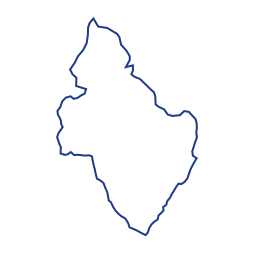 Avelinópolis, Goiás, Brazil, rotated 8°
{"feature_id": "56859067B50448120203224", "entity_name": "Avelinópolis", "entity_type": "district", "adm_level": 2, "iso_a3": "BRA", "parent_name": "Brazil", "parent_adm1": "Goiás", "projection": "natural_earth1", "projection_center": [-49.768, -16.489], "detail": "fine", "context": "isolated", "style": "outline", "palette": "blue", "viewbox_px": 256, "rotation_deg": 8, "n_neighbors": 0, "source": "geoboundaries", "source_scale": "gbopen_adm2", "svg_char_len": 1596}
<svg xmlns="http://www.w3.org/2000/svg" viewBox="0 0 256 256"><g transform="rotate(8 128 128)"><path d="M64.7,162.6L69.0,163.4L71.9,162.5L74.7,159.8L78.4,162.3L81.4,161.6L84.6,161.4L88.5,161.4L93.1,160.5L96.2,161.0L97.5,165.0L99.2,169.7L100.7,173.1L102.4,177.9L104.3,182.5L108.1,183.9L111.4,185.9L113.8,190.3L116.3,194.3L117.8,198.5L118.9,202.2L121.5,204.0L124.5,208.6L127.7,212.1L130.5,214.3L133.7,216.3L137.8,217.9L141.4,222.1L143.4,226.2L146.7,227.0L151.1,228.3L155.1,229.8L160.3,231.6L162.1,229.0L163.0,224.1L164.6,220.3L166.7,217.5L170.1,214.5L170.4,210.4L172.4,207.9L174.7,204.8L173.8,201.4L176.5,198.9L177.2,194.6L179.5,190.9L180.4,187.7L182.3,183.7L183.8,179.8L185.8,176.1L188.6,176.1L191.7,173.4L193.9,169.3L194.8,164.4L195.8,159.8L197.9,153.9L200.2,148.4L196.1,146.4L194.9,142.2L195.8,136.7L196.6,131.8L197.6,127.7L196.3,123.4L196.1,117.9L195.3,113.8L193.7,109.8L185.9,103.5L181.2,103.5L177.6,108.1L170.3,109.9L165.4,109.1L161.3,104.6L155.1,102.6L152.2,100.9L151.3,96.9L150.7,93.0L148.8,89.1L143.4,85.4L137.9,81.3L133.0,77.8L126.9,76.2L123.9,74.4L124.9,70.3L124.1,65.3L117.4,68.0L118.9,64.1L120.3,60.2L119.7,56.6L115.7,51.7L109.5,46.4L107.0,39.6L104.3,36.4L93.4,31.8L84.4,31.7L78.5,24.4L75.4,29.3L74.5,34.1L75.3,41.4L75.3,49.5L72.8,57.0L68.5,63.9L66.1,70.9L62.5,78.2L65.6,82.5L69.9,85.4L70.8,93.6L81.1,95.3L80.3,100.0L77.0,102.3L74.0,105.1L70.2,106.7L66.7,104.6L62.2,106.6L59.2,110.7L58.0,116.9L55.8,120.7L56.6,124.4L58.7,127.0L60.5,130.0L61.3,133.5L63.2,136.2L59.8,142.9L59.1,147.1L60.9,150.5L62.4,153.7L64.2,156.2L64.7,162.6Z" fill="none" stroke="#1e3a8a" stroke-width="2"/></g></svg>